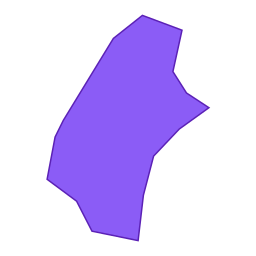 an SVG outline of Gros Islet
{"feature_id": "LCA-5081", "entity_name": "Gros Islet", "entity_type": "Quarter", "adm_level": 1, "iso_a3": "LCA", "parent_name": "Saint Lucia", "parent_adm1": "", "projection": "natural_earth1", "projection_center": [-60.942, 14.065], "detail": "fine", "context": "isolated", "style": "filled", "palette": "violet", "viewbox_px": 256, "rotation_deg": 0, "n_neighbors": 0, "source": "natural_earth", "source_scale": "10m", "svg_char_len": 313}
<svg xmlns="http://www.w3.org/2000/svg" viewBox="0 0 256 256"><path d="M47.1,179.3L55.1,137.0L63.3,120.4L113.4,38.4L142.4,15.4L182.0,30.2L172.9,71.6L186.5,93.0L208.9,107.7L179.3,129.0L153.6,156.1L143.4,195.2L138.1,240.6L92.0,231.2L76.6,201.2L47.1,179.3Z" fill="#8b5cf6" stroke="#5b21b6" stroke-width="1.5"/></svg>